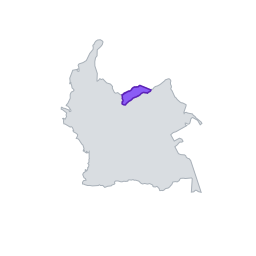 Colombia, with Arauca highlighted, rotated 331°
{"feature_id": "COL-1420", "entity_name": "Arauca", "entity_type": "Intendancy", "adm_level": 1, "iso_a3": "COL", "parent_name": "Colombia", "parent_adm1": "", "projection": "orthographic", "projection_center": [-71.152, 6.563], "detail": "fine", "context": "in_parent", "style": "filled", "palette": "violet", "viewbox_px": 256, "rotation_deg": 331, "n_neighbors": 0, "source": "natural_earth", "source_scale": "10m", "svg_char_len": 5694}
<svg xmlns="http://www.w3.org/2000/svg" viewBox="0 0 256 256"><g transform="rotate(331 128 128)"><path d="M145.9,42.6L143.6,43.6L139.0,44.7L135.9,49.9L133.7,50.8L131.1,53.9L129.1,57.7L127.6,65.4L123.6,71.9L123.9,72.2L125.5,72.0L127.0,71.2L127.5,71.5L128.0,72.6L129.8,72.9L131.2,78.2L133.9,81.0L134.2,82.0L134.6,84.2L133.6,85.5L133.3,90.4L134.1,91.6L136.2,92.1L137.5,95.2L138.4,95.9L139.6,96.3L142.6,95.9L148.0,96.4L149.3,96.3L152.3,95.2L156.1,96.5L159.0,96.7L166.7,105.9L167.5,105.6L168.4,106.1L170.4,105.2L172.1,105.0L174.3,105.5L177.2,105.5L183.0,104.5L183.9,104.0L187.1,104.5L188.0,105.1L188.5,106.9L188.1,107.9L187.0,109.0L186.4,110.4L186.3,112.0L185.8,113.3L184.7,114.1L184.3,115.2L184.6,116.7L184.0,123.7L184.5,124.2L184.9,127.1L186.2,130.7L186.9,131.8L188.0,132.6L190.1,135.7L189.6,136.7L184.3,141.5L184.1,142.6L185.1,142.1L186.7,142.6L187.3,143.7L191.2,147.0L191.2,148.2L192.3,150.7L192.1,151.3L194.9,158.3L194.9,159.8L192.7,160.2L192.6,155.5L192.3,154.5L189.7,150.3L189.1,150.0L187.4,150.5L184.6,153.6L183.2,154.1L182.2,153.7L181.1,151.8L180.4,151.5L179.7,153.0L180.6,154.4L168.0,154.5L165.5,153.9L162.1,154.6L162.1,161.8L168.1,161.9L169.7,163.9L169.6,165.6L169.8,166.2L168.4,166.5L166.3,165.4L162.6,166.7L159.9,167.1L159.7,174.9L161.3,176.9L164.5,179.0L165.0,180.4L164.8,181.8L165.5,183.5L166.6,184.4L166.6,185.4L167.1,186.5L160.8,219.7L158.6,217.7L157.8,215.8L156.7,215.1L154.6,215.7L152.3,214.8L159.6,203.5L159.4,202.5L153.3,199.8L152.7,199.1L149.8,197.6L148.2,198.0L147.3,198.8L145.0,199.0L143.3,197.8L141.1,197.0L138.6,198.9L137.8,198.9L136.0,199.7L134.0,200.0L131.5,199.2L129.4,199.7L128.0,199.6L127.5,199.0L125.6,198.3L125.4,197.6L125.9,196.2L125.2,193.4L124.9,193.0L123.5,192.9L121.9,191.9L121.5,191.3L121.9,190.2L121.6,189.3L120.0,187.1L117.8,186.5L115.7,184.6L113.6,184.0L112.6,182.7L111.7,179.7L109.5,177.4L108.0,176.6L107.4,175.5L105.9,175.3L103.7,173.8L102.8,173.7L102.1,174.4L100.1,173.6L98.5,172.5L96.7,172.2L95.6,171.5L93.5,169.4L91.3,168.3L90.0,168.7L89.5,170.3L88.8,170.5L86.2,170.1L85.8,170.4L85.1,170.4L82.0,169.1L78.9,168.7L78.1,166.0L76.1,165.0L75.5,163.8L74.1,163.9L68.8,161.4L66.7,159.7L64.8,158.7L62.9,156.8L62.5,156.0L61.1,154.9L61.8,153.5L63.6,152.5L66.0,153.3L66.3,151.7L65.4,150.2L65.8,146.9L66.5,146.2L67.8,145.5L68.6,145.8L69.1,145.3L71.0,145.5L71.6,145.3L73.1,144.0L73.7,142.9L74.4,143.1L76.0,141.3L75.7,139.5L77.2,139.1L78.8,136.2L79.4,136.1L79.8,134.8L82.5,130.0L81.6,130.5L80.5,130.1L80.7,128.5L80.4,128.3L79.5,129.6L78.7,128.3L78.9,126.2L77.7,126.6L77.8,126.1L79.6,124.6L80.3,121.0L79.8,119.7L79.4,114.3L79.1,113.3L77.7,112.0L80.0,110.5L80.8,109.3L79.8,106.9L78.5,104.9L78.5,103.7L79.3,103.8L79.6,100.5L78.9,99.2L77.9,99.2L75.0,94.2L73.9,93.2L74.8,90.9L75.7,89.8L75.5,88.0L76.1,88.1L77.4,89.8L77.9,89.5L80.0,88.0L80.1,86.6L81.7,85.1L79.5,80.0L78.7,79.2L79.7,77.6L80.2,77.7L81.1,79.3L82.5,80.4L84.6,83.2L85.5,83.8L84.8,84.5L84.7,85.1L85.0,85.5L86.2,85.6L86.7,84.8L86.4,81.4L85.9,79.7L84.8,78.5L85.2,78.0L87.4,77.2L91.9,74.0L93.5,70.9L94.7,69.8L96.0,69.1L97.6,69.3L98.9,69.0L99.3,68.0L98.5,65.9L99.5,63.0L99.5,61.5L100.1,60.6L99.9,60.3L98.2,61.3L99.9,59.3L101.2,56.2L107.7,50.7L111.9,52.1L113.3,52.0L111.5,52.7L111.3,53.5L111.9,54.3L112.5,54.6L113.1,54.0L114.5,50.8L114.7,49.1L115.4,48.5L116.3,48.2L120.4,49.0L124.3,48.8L130.8,44.2L135.6,42.3L136.8,40.4L137.1,39.0L138.0,38.4L138.9,38.4L139.5,37.7L141.7,36.5L144.1,36.3L146.6,37.4L147.7,39.3L147.9,40.6L145.9,42.6ZM71.1,144.9L70.8,145.2L70.2,144.7L70.0,144.2L70.4,143.8L70.8,143.9L71.1,144.9Z" fill="#d9dde1" stroke="#a8b0b8" stroke-width="1"/><path d="M138.8,96.2L139.8,96.4L140.1,96.4L140.3,96.4L140.5,96.2L140.8,96.1L141.0,96.1L140.9,95.9L141.2,95.9L141.5,95.9L141.8,95.8L142.1,95.9L142.0,95.7L142.6,95.7L142.8,95.8L143.0,95.9L143.3,95.8L143.6,95.9L143.8,95.9L144.1,95.9L144.3,96.1L144.7,95.9L144.9,95.9L145.0,95.9L145.4,96.0L145.6,96.0L146.0,95.9L146.2,96.0L146.3,96.0L146.3,96.3L146.5,96.5L147.1,96.5L147.3,96.6L147.6,96.6L147.8,96.4L148.7,96.4L149.3,96.3L149.8,96.1L150.3,95.8L150.4,95.6L150.5,95.5L150.8,95.5L151.2,95.3L151.7,95.3L152.3,95.1L152.7,95.1L152.9,95.3L153.0,95.3L153.4,95.4L153.6,95.4L153.9,95.3L154.0,95.3L154.7,96.1L154.8,96.1L155.0,96.2L155.3,96.1L155.5,96.2L155.5,96.3L156.9,96.9L157.2,96.9L157.8,96.6L158.2,96.5L158.7,96.5L159.0,96.5L159.3,96.8L159.5,97.1L160.3,98.1L161.2,99.2L162.0,100.2L162.9,101.3L163.7,102.3L164.5,103.4L165.4,104.5L166.2,105.5L166.5,105.9L165.5,106.6L165.1,106.7L162.8,106.6L162.4,106.7L162.1,106.9L162.0,107.0L161.6,106.8L161.5,106.6L161.4,106.4L161.3,106.2L161.1,106.0L160.9,105.9L160.1,105.6L159.9,105.4L159.9,105.2L159.7,105.1L159.4,104.9L159.2,104.6L158.7,104.4L158.3,104.3L157.9,104.3L157.6,104.3L157.3,104.3L157.2,104.3L156.8,104.2L156.6,104.2L156.3,104.2L155.5,104.5L155.1,104.7L154.9,104.8L154.4,104.8L153.9,104.8L153.0,105.0L152.4,105.0L152.4,104.9L151.9,104.7L151.7,104.7L151.3,104.8L151.0,104.9L150.9,104.9L149.9,104.8L149.1,104.5L148.7,104.5L148.1,104.5L147.9,104.5L147.5,104.3L147.1,104.3L146.9,104.4L146.7,104.4L146.4,104.4L146.0,104.6L145.6,104.8L145.3,104.8L145.1,104.8L144.9,104.9L144.3,105.1L144.1,105.1L143.8,105.1L143.6,105.1L143.3,105.2L143.1,105.1L142.8,105.0L142.7,105.0L142.3,105.1L141.5,105.1L141.2,105.1L140.0,105.6L139.7,105.6L139.2,105.6L138.4,105.9L137.8,106.1L137.2,106.5L136.7,106.5L136.4,106.2L135.9,106.0L135.7,105.9L135.6,105.7L135.3,105.2L134.9,104.8L134.6,104.4L134.6,104.1L134.6,103.8L134.9,103.4L135.2,103.1L135.3,102.9L135.3,102.7L135.5,102.4L135.7,102.5L135.8,102.6L136.0,102.4L136.1,102.2L136.4,102.1L136.5,102.1L136.8,101.9L136.9,101.7L137.1,101.3L137.3,99.2L137.7,98.9L137.9,98.6L138.0,98.2L138.2,97.8L138.6,96.7L138.8,96.5L138.8,96.2L138.8,96.2Z" fill="#8b5cf6" stroke="#5b21b6" stroke-width="1.5"/></g></svg>